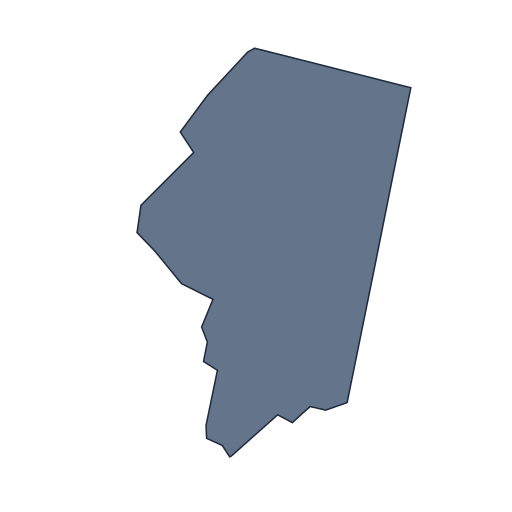 Lackawanna, Pennsylvania, United States of America (orthographic projection), rotated 14°
{"feature_id": "52423323B11679066299223", "entity_name": "Lackawanna", "entity_type": "district", "adm_level": 2, "iso_a3": "USA", "parent_name": "United States of America", "parent_adm1": "Pennsylvania", "projection": "orthographic", "projection_center": [-75.639, 41.402], "detail": "fine", "context": "isolated", "style": "filled", "palette": "slate", "viewbox_px": 512, "rotation_deg": 14, "n_neighbors": 0, "source": "geoboundaries", "source_scale": "gbopen_adm2", "svg_char_len": 537}
<svg xmlns="http://www.w3.org/2000/svg" viewBox="0 0 512 512"><g transform="rotate(14 256 256)"><path d="M132.1,234.6L134.9,262.1L156.8,275.8L190.5,300.9L224.7,308.5L220.4,338.1L229.6,351.2L230.6,371.1L246.2,376.2L248.5,432.6L252.2,444.9L269.1,448.0L279.1,457.3L280.5,456.0L315.4,404.9L331.6,408.9L339.0,397.7L345.0,389.0L360.9,388.7L379.9,376.2L373.7,236.0L369.5,145.6L365.5,55.2L361.2,55.3L246.8,54.8L204.4,54.7L198.6,60.1L170.1,111.7L152.5,154.0L170.5,170.6L132.1,234.6Z" fill="#64748b" stroke="#1e293b" stroke-width="1.5"/></g></svg>